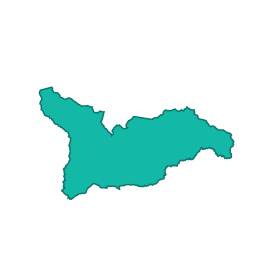 the district of Almas, Tocantins, Brazil, rotated 242°
{"feature_id": "56859067B55492829903460", "entity_name": "Almas", "entity_type": "district", "adm_level": 2, "iso_a3": "BRA", "parent_name": "Brazil", "parent_adm1": "Tocantins", "projection": "albers", "projection_center": [-47.229, -11.473], "detail": "fine", "context": "isolated", "style": "filled", "palette": "teal", "viewbox_px": 256, "rotation_deg": 242, "n_neighbors": 0, "source": "geoboundaries", "source_scale": "gbopen_adm2", "svg_char_len": 5728}
<svg xmlns="http://www.w3.org/2000/svg" viewBox="0 0 256 256"><g transform="rotate(242 128 128)"><path d="M201.2,66.8L200.2,66.1L198.4,65.9L195.6,66.0L194.2,65.6L193.6,65.1L192.2,62.9L190.8,61.7L190.3,61.6L189.0,62.1L187.7,61.6L187.3,61.2L186.1,61.1L185.2,60.0L182.5,61.0L182.0,60.7L179.5,60.7L178.7,60.4L178.3,61.0L177.1,61.3L175.9,62.6L175.2,63.8L174.2,63.5L173.0,63.7L172.2,64.7L170.8,64.7L170.0,65.6L168.6,65.2L167.2,65.2L165.5,65.8L164.4,67.2L163.2,67.7L162.5,67.6L162.0,67.9L161.3,68.8L160.8,69.0L160.2,68.9L160.0,69.4L158.6,70.2L157.3,70.5L157.0,70.9L156.4,71.2L155.5,71.4L154.9,71.2L152.9,72.9L152.3,73.1L149.1,72.5L148.5,71.5L147.5,71.8L146.6,72.6L146.0,72.5L145.4,72.1L144.8,72.0L143.9,71.1L143.2,71.0L142.1,69.4L140.7,68.4L140.4,67.7L139.8,67.5L139.3,67.6L138.8,67.5L138.2,68.0L137.1,67.0L134.1,65.9L132.5,64.2L131.6,63.7L130.9,62.5L130.2,62.6L128.8,62.3L128.0,62.6L127.2,62.2L126.6,60.7L125.0,59.0L124.0,56.7L124.0,55.5L123.5,55.6L123.0,54.5L122.2,54.2L122.5,52.8L121.9,51.7L121.4,51.5L120.3,51.9L119.4,51.0L118.2,50.8L117.8,50.5L116.2,50.5L115.9,49.0L115.3,48.6L114.7,49.0L112.8,48.0L111.4,48.3L110.9,47.7L111.4,47.3L110.9,45.2L109.1,45.4L107.4,44.5L106.9,43.5L106.4,43.3L105.9,43.4L105.5,44.1L105.0,44.3L104.0,40.6L103.6,40.0L102.9,40.3L102.8,40.9L101.0,40.8L98.3,41.8L97.8,42.1L97.4,42.7L97.3,43.2L96.6,43.4L95.6,42.8L94.8,42.7L94.1,42.2L94.1,43.6L93.4,43.6L92.6,43.2L92.0,44.4L91.6,44.7L92.1,45.9L92.0,46.7L92.5,48.3L92.7,50.5L92.4,51.9L92.7,52.6L92.8,54.1L91.6,57.3L90.6,59.2L90.9,59.9L90.9,60.8L92.7,62.5L93.4,63.4L93.7,64.8L94.3,65.6L94.0,67.2L94.4,67.9L94.5,68.7L95.0,70.1L94.9,71.9L93.0,73.7L91.7,74.3L91.3,75.0L90.6,75.5L88.7,75.6L87.6,76.5L86.4,79.2L85.4,80.2L84.9,81.5L85.9,81.7L86.3,82.2L85.9,83.5L85.2,84.1L84.5,85.1L84.4,86.9L83.1,87.8L83.0,88.6L82.0,89.8L81.6,90.0L81.0,89.9L80.0,90.2L77.9,91.8L79.1,92.3L79.7,92.2L80.3,92.3L80.5,92.8L80.3,94.6L79.4,97.1L79.0,97.4L78.8,98.0L79.2,98.8L79.0,99.6L77.3,102.8L76.4,103.5L76.2,104.8L75.1,106.6L73.2,108.8L73.1,109.4L71.8,109.7L69.7,112.9L68.9,114.8L69.6,115.9L68.0,116.8L67.9,118.4L67.5,119.0L68.1,120.9L67.6,121.2L67.0,122.4L66.1,122.7L66.4,124.5L65.8,125.6L65.7,126.4L66.3,128.7L67.4,130.2L67.3,132.6L66.9,133.1L66.7,135.3L66.4,135.8L67.2,136.8L68.6,137.0L69.3,137.3L69.3,137.9L68.8,139.0L69.1,139.7L69.7,139.6L70.0,139.2L70.6,139.7L71.9,139.8L72.2,140.3L73.8,141.1L74.1,141.9L74.8,142.2L74.9,143.7L75.7,144.0L75.7,144.8L75.9,145.3L74.6,147.7L73.9,147.6L73.6,148.4L74.1,150.0L72.9,151.1L73.0,151.6L72.8,152.2L71.8,152.9L71.4,153.6L73.2,155.3L73.4,155.9L73.1,156.5L73.6,156.5L74.4,158.2L74.2,160.3L73.8,160.6L73.1,161.9L73.3,162.3L72.6,163.2L72.9,164.4L72.6,166.6L71.8,166.5L71.9,167.4L72.3,168.2L72.0,168.7L71.1,168.3L70.6,168.7L70.0,170.1L70.2,171.6L70.7,171.6L71.0,172.1L71.5,174.0L72.0,174.2L72.1,175.4L73.2,176.8L73.7,177.9L73.9,178.5L73.7,179.9L74.8,181.1L76.1,183.6L75.5,184.0L75.0,184.1L74.5,183.7L73.8,184.3L74.0,185.4L73.2,186.4L73.5,187.0L72.5,188.8L72.8,190.2L71.2,191.4L71.5,192.0L70.4,192.2L70.2,192.8L68.7,193.3L68.8,194.0L68.1,194.1L66.9,193.4L65.7,194.0L64.9,193.9L64.3,193.4L63.9,193.9L63.3,193.7L62.5,194.5L61.8,194.0L61.2,194.0L60.7,194.4L60.7,196.5L60.3,197.0L59.6,197.3L58.9,197.3L58.5,197.5L59.0,198.3L58.7,199.3L58.0,199.1L56.4,199.4L55.8,199.3L55.8,199.9L54.8,200.6L54.7,202.2L54.1,202.6L53.5,204.1L53.6,205.6L54.3,205.8L55.6,206.6L56.9,207.1L58.2,206.6L59.4,207.0L59.8,207.5L61.0,208.2L62.4,209.3L63.1,210.6L62.5,211.9L63.7,212.6L63.8,213.4L64.3,213.6L64.9,213.5L65.9,214.6L67.2,215.1L67.7,214.6L70.2,214.5L71.3,214.1L71.8,214.2L72.4,214.7L72.8,215.9L74.3,216.0L75.4,215.5L76.3,214.8L76.5,213.5L77.8,213.4L78.1,212.7L79.7,212.2L80.8,211.5L81.6,211.2L82.0,210.0L83.4,207.8L83.5,206.9L84.2,206.4L85.2,206.3L87.1,205.3L87.7,205.4L89.3,204.6L90.1,203.6L90.3,201.8L90.8,201.4L92.7,200.6L93.9,200.9L94.9,200.4L96.2,200.5L96.6,200.2L97.4,200.4L98.1,200.2L99.3,198.6L100.0,198.4L100.7,197.1L103.0,194.7L104.2,194.6L104.7,195.0L105.9,194.8L106.3,195.2L109.4,193.0L111.0,194.5L112.5,194.3L113.0,194.8L113.4,193.6L114.9,191.7L115.8,191.5L117.0,190.5L118.9,189.8L118.0,188.7L118.1,187.7L117.9,187.1L118.1,186.4L117.2,185.8L117.1,184.8L118.3,183.9L118.9,183.8L118.8,183.2L118.9,182.6L118.6,181.1L120.5,179.1L121.0,179.1L121.5,178.6L122.6,178.5L122.6,177.5L123.1,176.6L122.9,174.5L124.4,171.6L126.3,169.4L125.9,167.8L125.2,166.3L123.7,165.7L123.4,165.3L123.7,163.9L124.2,163.2L123.7,160.8L123.4,160.2L123.4,158.6L124.1,157.5L124.5,155.8L124.6,154.3L124.1,153.8L124.3,153.2L135.3,138.6L135.1,137.6L134.7,136.5L134.1,136.1L133.9,135.6L134.1,133.9L133.7,133.5L134.1,131.9L133.7,131.4L133.5,130.6L133.0,130.4L132.7,129.4L131.5,127.6L130.0,127.2L127.7,128.1L128.6,127.2L129.0,124.2L130.8,123.0L132.7,122.5L134.6,121.7L134.2,121.1L134.6,120.4L135.5,120.0L135.8,119.0L135.3,118.3L134.8,115.9L132.8,112.5L132.3,112.5L131.8,113.0L129.7,112.2L129.3,111.4L129.2,110.5L128.8,110.0L129.7,110.0L130.2,110.3L130.7,110.3L132.5,109.4L133.1,109.4L134.0,108.5L134.9,108.7L136.4,108.6L137.5,108.3L137.9,107.8L138.8,107.5L140.7,107.3L141.3,107.7L142.0,107.5L142.4,107.0L143.0,106.7L143.9,107.0L146.4,106.9L146.6,108.2L147.3,108.3L147.8,109.3L153.5,114.4L154.0,113.2L155.9,111.5L156.0,110.7L155.4,108.0L156.3,107.8L156.7,106.4L158.4,105.1L160.9,105.7L162.7,105.5L163.2,106.1L163.3,105.5L164.3,105.1L165.1,103.9L166.1,103.4L166.7,102.8L167.2,101.6L167.3,100.4L168.1,99.6L169.2,97.1L171.4,96.1L171.8,95.6L174.1,94.3L175.4,94.1L176.1,93.4L177.3,92.7L180.1,91.8L182.0,90.2L182.5,89.5L182.6,86.6L182.9,85.7L183.4,85.2L185.2,84.3L187.1,82.5L189.1,83.2L189.9,83.0L190.7,82.5L191.8,82.6L192.7,81.2L193.3,80.7L193.7,79.6L194.4,79.0L195.2,79.2L197.2,78.7L197.7,79.7L198.7,80.0L199.8,79.8L202.5,68.4L201.2,66.8Z" fill="#14b8a6" stroke="#0f766e" stroke-width="1.5"/></g></svg>